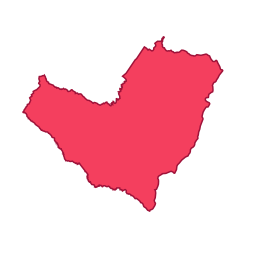 Barrancas, La Guajira, Colombia (Robinson projection), rotated 352°
{"feature_id": "7082276B63363201175642", "entity_name": "Barrancas", "entity_type": "district", "adm_level": 2, "iso_a3": "COL", "parent_name": "Colombia", "parent_adm1": "La Guajira", "projection": "robinson", "projection_center": [-72.754, 10.978], "detail": "fine", "context": "isolated", "style": "filled", "palette": "rose", "viewbox_px": 256, "rotation_deg": 352, "n_neighbors": 0, "source": "geoboundaries", "source_scale": "gbopen_adm2", "svg_char_len": 5735}
<svg xmlns="http://www.w3.org/2000/svg" viewBox="0 0 256 256"><g transform="rotate(352 128 128)"><path d="M157.4,51.6L155.5,50.0L146.1,60.6L144.6,61.5L133.8,73.5L129.8,76.0L131.4,77.6L132.8,79.6L132.9,81.2L132.5,81.5L131.4,81.3L130.9,81.5L131.2,82.3L130.9,83.0L129.3,83.1L128.7,84.4L127.9,84.0L127.5,84.1L127.3,86.1L128.1,86.4L128.0,87.1L127.3,87.6L127.3,88.5L126.8,88.8L126.2,88.1L125.5,87.8L125.3,88.3L126.1,90.0L126.0,90.5L125.6,90.8L124.5,90.6L123.6,90.9L124.3,91.5L123.5,92.8L124.2,95.3L124.1,97.6L123.2,97.8L122.0,98.8L121.1,97.4L120.6,97.4L120.0,100.6L119.2,101.6L118.7,101.8L117.7,101.4L117.6,100.1L117.0,99.6L116.5,100.7L115.6,100.7L114.7,101.6L115.8,102.1L116.0,102.7L115.0,102.5L114.1,103.6L113.0,102.9L112.4,101.6L111.4,101.1L111.2,100.5L110.8,100.4L110.6,99.4L109.4,99.6L107.8,100.6L107.1,100.0L106.0,100.8L104.9,100.8L104.2,101.4L103.5,101.5L101.4,100.1L101.1,99.5L99.2,98.4L98.0,98.0L97.0,98.7L96.7,98.5L95.4,96.9L93.2,95.2L92.0,95.0L91.3,94.5L89.7,92.7L88.8,91.2L87.9,90.5L86.5,88.1L86.0,87.7L84.9,87.5L83.6,87.7L83.0,86.6L82.6,86.3L80.7,86.5L80.9,85.3L78.6,83.5L77.9,82.4L77.2,82.3L75.6,83.5L73.8,83.5L73.4,83.0L73.3,82.2L71.6,80.7L70.6,80.9L69.7,79.8L68.5,80.4L67.3,80.5L67.1,80.0L66.1,80.2L64.7,78.6L64.1,78.6L63.5,78.2L62.9,78.4L62.7,77.7L61.5,77.5L61.3,76.9L60.5,76.4L60.0,75.3L55.6,72.9L55.7,71.7L54.1,70.5L53.7,68.6L53.8,68.0L53.4,67.5L53.3,66.0L52.5,64.0L52.0,64.5L50.9,64.3L49.2,64.8L47.3,64.7L46.6,67.0L47.1,69.5L45.8,71.2L45.8,71.6L46.7,72.5L47.0,73.2L46.5,74.7L42.7,77.5L41.8,77.6L39.2,78.6L39.3,80.3L36.9,81.7L37.3,82.6L37.1,83.4L35.8,83.7L34.8,84.5L35.5,86.9L34.2,89.1L33.3,90.4L31.6,90.7L31.4,91.7L31.0,92.3L30.0,92.9L29.7,93.7L28.9,94.2L28.6,94.9L27.7,95.6L27.2,96.8L26.2,97.6L26.3,97.9L27.1,97.9L27.3,98.5L27.9,98.3L29.3,99.8L29.4,100.7L29.7,101.0L29.6,102.5L31.0,104.2L30.8,104.6L31.2,104.6L31.2,105.1L32.5,106.4L32.5,107.0L33.1,107.6L34.0,107.9L34.0,108.3L35.4,109.3L36.5,110.6L36.7,111.5L40.0,114.6L40.5,115.9L41.1,116.4L41.2,117.1L41.8,117.7L41.9,118.2L42.6,118.2L43.6,119.2L44.5,119.4L45.9,120.4L47.5,120.7L48.1,121.1L48.6,122.2L49.4,122.5L50.4,124.1L51.0,124.6L51.4,126.4L52.3,127.1L53.4,127.4L53.8,127.8L53.5,129.8L53.8,130.2L54.1,131.5L54.9,132.1L54.9,132.7L55.2,132.4L56.0,133.4L55.7,134.6L56.2,134.6L56.2,135.1L56.5,135.5L56.5,136.5L56.2,136.9L56.8,137.5L56.5,137.7L57.4,138.7L58.0,138.9L58.1,139.3L59.0,139.4L58.9,140.1L59.8,141.6L60.0,143.0L60.6,143.8L60.5,144.3L59.9,144.6L60.7,145.3L60.4,146.2L60.9,148.6L60.9,149.7L61.6,150.8L61.8,151.7L62.6,151.7L63.7,152.3L64.3,152.1L66.0,153.1L68.5,153.2L69.6,154.5L70.7,155.1L71.1,155.7L72.4,155.6L72.7,156.9L73.6,156.5L74.1,156.7L74.6,155.9L74.9,156.0L75.8,157.9L79.5,164.4L79.4,165.1L80.1,165.4L81.7,168.0L81.8,168.6L81.2,169.0L81.5,169.6L81.3,169.6L81.1,170.4L80.9,170.2L80.7,170.5L81.0,170.7L80.7,171.5L81.0,171.7L80.9,172.0L81.1,172.0L80.7,172.6L81.4,173.4L81.2,173.9L81.5,174.3L81.5,175.0L82.0,175.8L82.6,175.7L83.0,175.9L82.8,176.4L83.3,176.5L83.4,177.2L84.3,178.9L86.3,179.5L87.0,181.1L86.8,181.5L87.2,181.6L87.1,181.9L87.5,182.2L88.3,181.8L88.8,182.2L90.0,181.4L90.6,181.6L91.4,181.3L91.2,180.7L91.6,180.5L92.2,180.8L92.2,181.3L92.9,181.0L93.5,181.2L94.3,182.5L94.7,182.6L95.5,181.8L97.0,181.9L98.4,183.0L99.9,183.2L100.4,182.9L101.1,183.3L101.7,183.8L101.8,184.4L102.8,185.5L103.7,185.6L103.9,186.0L104.9,186.6L104.8,187.0L105.7,186.8L105.9,187.3L106.7,187.5L107.1,187.3L107.5,186.6L108.1,186.7L108.6,185.8L109.8,185.9L111.5,186.3L111.6,188.1L112.9,188.1L113.6,188.7L113.4,189.1L113.8,189.6L114.2,189.2L115.1,189.2L116.0,188.6L116.9,188.7L117.6,189.8L117.2,191.3L118.0,192.9L118.9,193.1L119.2,193.5L120.0,193.4L121.2,194.2L121.6,194.7L121.6,195.3L122.7,195.5L123.8,196.5L125.3,199.0L126.6,198.9L128.7,201.0L129.9,202.6L130.1,203.6L131.1,203.9L132.3,205.5L132.6,207.5L132.9,208.2L134.6,209.7L136.0,212.1L137.9,213.3L138.6,212.2L140.2,212.0L141.4,211.4L143.7,208.6L144.6,206.9L144.7,206.2L144.1,205.2L143.9,203.3L145.3,200.8L146.4,196.2L146.4,193.6L146.0,192.9L147.7,192.6L149.4,189.8L150.3,187.9L150.9,184.7L150.9,183.2L150.4,182.2L151.1,180.4L151.9,179.8L155.3,178.4L155.6,178.0L159.2,178.2L164.2,176.9L165.0,177.0L166.4,177.9L167.4,179.2L168.0,179.2L170.2,176.0L171.1,172.6L172.0,171.3L174.0,169.8L176.8,167.2L180.9,164.7L183.5,164.0L184.6,162.4L185.8,161.3L186.4,160.1L186.8,158.2L187.2,157.6L188.0,156.7L189.5,156.2L191.1,154.9L191.7,153.8L192.2,151.9L194.2,149.5L195.6,148.3L195.8,147.9L195.8,146.1L196.6,144.8L197.4,141.9L198.9,139.1L199.9,136.1L203.5,129.6L203.5,128.7L203.0,127.6L203.0,126.6L204.5,122.9L206.1,120.6L208.2,118.3L208.8,118.1L209.5,118.3L210.3,118.2L212.1,115.8L212.3,115.3L212.0,114.4L209.6,112.7L208.8,111.7L208.5,111.1L208.7,109.8L209.4,109.1L210.1,108.8L211.6,109.0L211.9,108.8L212.7,105.9L215.3,104.4L216.9,103.9L217.4,102.4L217.7,98.9L217.5,97.7L218.6,95.8L219.7,94.7L220.5,94.7L221.7,93.9L222.3,92.8L224.0,90.9L225.9,88.2L229.6,84.7L229.8,84.2L229.5,83.6L228.2,83.1L227.8,82.6L227.4,79.9L225.9,75.9L225.5,74.2L225.1,73.5L224.6,73.3L223.8,73.9L222.6,74.2L221.2,73.8L219.6,70.9L218.8,68.0L217.4,67.1L216.2,65.9L215.2,65.7L210.4,66.2L206.3,65.0L204.8,65.9L203.3,65.9L202.4,65.3L201.4,65.2L199.5,64.1L198.8,63.1L197.3,62.0L196.9,60.9L196.6,60.6L194.9,59.4L193.2,58.6L191.9,58.4L189.5,60.0L188.5,60.1L187.8,59.9L187.0,60.1L186.9,59.8L184.6,60.0L183.8,59.5L183.6,59.0L182.2,58.3L181.4,57.0L180.0,57.5L178.9,57.2L177.9,57.3L176.7,56.8L175.6,55.1L175.2,53.7L174.3,53.5L173.6,52.5L173.4,51.9L173.7,50.6L173.3,49.3L173.6,47.8L174.3,47.0L174.6,45.3L176.4,43.3L176.1,42.7L175.6,42.8L175.2,43.5L174.2,44.1L173.6,45.9L173.0,46.5L172.3,46.7L169.3,46.2L166.4,47.9L167.0,49.5L166.7,50.9L164.6,52.4L164.5,53.7L163.3,54.9L162.2,54.9L159.9,52.9L158.7,53.6L157.4,51.6Z" fill="#f43f5e" stroke="#9f1239" stroke-width="1.5"/></g></svg>